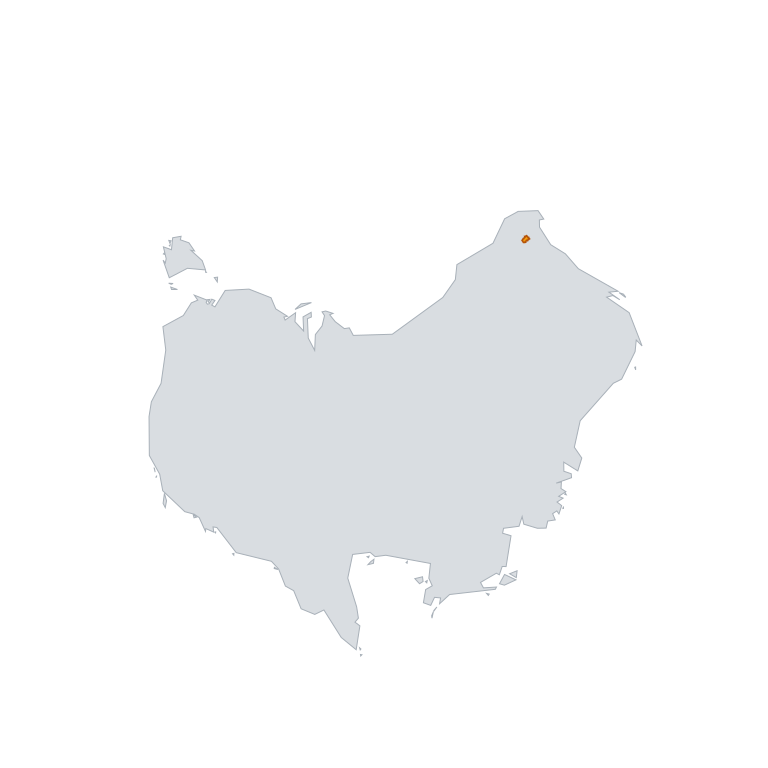 Narrogin, Western Australia, Australia (highlighted), rotated 148°
{"feature_id": "25037944B27145137337674", "entity_name": "Narrogin", "entity_type": "district", "adm_level": 2, "iso_a3": "AUS", "parent_name": "Australia", "parent_adm1": "Western Australia", "projection": "albers", "projection_center": [117.255, -32.997], "detail": "fine", "context": "in_parent", "style": "filled", "palette": "amber", "viewbox_px": 768, "rotation_deg": 148, "n_neighbors": 0, "source": "geoboundaries", "source_scale": "gbopen_adm2", "svg_char_len": 5487}
<svg xmlns="http://www.w3.org/2000/svg" viewBox="0 0 768 768"><g transform="rotate(148 384 384)"><path d="M554.6,191.7L554.7,224.2L564.8,225.3L573.4,237.3L570.1,256.6L574.7,264.9L571.4,282.9L573.4,293.3L598.7,319.3L601.8,350.9L604.7,353.4L606.9,348.6L611.7,355.8L613.5,353.6L611.5,368.6L613.9,374.1L620.6,381.3L628.2,410.7L622.0,426.4L620.9,447.7L600.5,480.9L590.7,492.2L572.7,502.7L551.1,528.4L541.1,549.8L517.9,548.4L504.4,554.9L497.5,553.8L497.8,559.9L489.6,548.9L491.6,547.4L491.5,545.3L489.6,544.7L485.1,547.2L483.1,544.4L488.3,542.2L486.5,539.0L469.1,547.5L448.2,536.0L434.1,517.0L436.0,505.1L430.0,492.6L433.4,493.8L434.0,490.6L421.2,491.3L426.5,484.0L424.1,471.5L417.1,483.8L407.8,483.4L410.1,479.3L414.3,480.0L423.9,463.1L425.0,449.2L416.0,462.3L405.8,466.0L398.2,473.5L398.3,478.0L394.8,476.8L389.8,470.9L393.4,471.5L392.3,462.6L388.3,452.0L383.7,450.0L384.3,441.5L350.6,421.8L288.3,426.2L268.2,434.7L258.9,446.6L217.0,445.6L194.1,460.2L178.8,459.3L161.5,449.4L161.1,439.2L165.3,440.8L169.0,434.6L168.8,413.8L161.2,398.3L158.1,378.8L136.3,338.6L144.6,342.7L139.4,330.5L143.0,337.7L149.2,339.7L138.3,314.6L145.0,279.5L146.8,287.6L153.9,278.4L179.9,262.2L189.2,263.1L237.1,248.9L256.1,229.5L255.5,216.4L265.7,207.6L273.0,222.5L277.7,214.7L272.8,208.7L274.6,205.2L290.5,208.7L285.5,206.9L289.3,201.5L286.8,196.3L295.4,196.2L292.6,192.3L299.8,192.2L297.8,186.7L304.5,181.1L304.7,184.8L309.7,184.7L310.8,178.0L317.8,181.0L322.9,175.9L330.4,180.4L339.7,191.0L337.1,198.4L344.9,191.8L359.1,198.3L362.5,194.6L356.7,188.0L377.2,164.5L380.5,166.6L387.3,161.1L389.0,164.0L407.3,164.6L407.7,158.4L396.2,152.2L398.4,150.9L439.9,170.7L453.3,168.2L449.4,172.6L454.2,176.3L461.7,171.5L466.5,177.6L457.6,187.6L450.0,187.3L448.9,195.5L439.7,207.2L473.2,237.8L483.0,242.3L485.0,248.6L500.9,256.1L517.6,238.6L525.3,209.5L529.8,199.0L534.8,197.4L532.6,191.7L548.4,173.4L554.6,191.7ZM474.9,575.3L489.4,586.3L509.8,587.9L505.7,606.1L505.4,602.5L502.3,605.7L498.4,617.2L493.1,610.5L485.7,620.0L477.8,616.8L480.3,614.2L474.6,607.1L474.2,597.2L476.9,599.7L472.8,584.9L474.9,575.3ZM375.9,148.0L388.5,149.6L391.9,153.4L382.7,158.6L375.9,148.0ZM402.4,491.5L419.9,494.4L411.9,495.9L402.4,491.5ZM459.7,195.8L461.0,202.6L453.5,200.1L455.5,195.8L459.7,195.8ZM628.2,407.6L630.3,400.2L635.0,395.1L634.6,399.8L628.2,407.6ZM509.1,573.6L514.1,576.7L513.5,579.2L509.1,573.6ZM374.4,149.7L378.0,156.5L370.1,155.1L374.4,149.7ZM471.5,564.2L468.5,562.8L471.3,558.9L471.5,564.2ZM493.3,239.3L489.3,240.4L485.4,240.7L488.0,237.5L493.3,239.3ZM136.2,336.9L133.3,333.3L133.0,329.8L133.4,329.7L136.2,336.9ZM511.6,581.3L513.2,583.6L509.6,581.0L511.6,581.3ZM613.5,370.4L616.0,371.2L615.0,374.4L613.5,370.4ZM572.3,282.9L574.9,285.7L574.1,286.6L572.3,282.9ZM491.0,616.8L490.4,619.8L488.7,618.3L491.0,616.8ZM624.8,430.5L623.5,434.5L623.3,434.3L624.8,430.5ZM408.0,152.1L406.1,150.1L407.6,149.4L408.0,152.1ZM466.4,162.2L462.7,164.8L467.4,160.0L466.4,162.2ZM626.8,425.9L625.2,426.7L626.5,425.6L626.8,425.9ZM459.9,220.9L458.2,221.2L459.4,219.8L459.9,220.9ZM453.6,194.5L451.5,194.4L453.1,192.7L453.6,194.5ZM163.1,262.6L162.5,265.3L161.6,265.1L163.1,262.6ZM545.1,171.1L544.5,173.2L544.0,171.5L545.1,171.1ZM489.3,545.7L489.4,547.2L488.9,546.6L489.3,545.7ZM461.8,165.5L457.3,166.9L462.0,165.0L461.8,165.5ZM298.3,183.6L296.7,185.0L297.8,183.3L298.3,183.6ZM492.8,615.0L491.6,615.3L492.5,614.4L492.8,615.0ZM489.9,246.5L487.8,245.9L489.2,244.9L489.9,246.5ZM289.2,194.6L288.0,195.4L288.1,193.4L289.2,194.6ZM502.2,611.2L500.6,611.6L501.5,610.2L502.2,611.2ZM547.9,165.7L547.3,167.1L546.2,166.1L547.9,165.7ZM488.0,547.4L489.1,549.1L486.8,548.0L488.0,547.4ZM602.4,320.3L601.0,319.9L602.1,318.4L602.4,320.3ZM605.8,348.0L605.1,347.8L606.0,346.6L605.8,348.0ZM476.1,573.3L475.5,574.3L475.5,572.8L476.1,573.3Z" fill="#d9dde1" stroke="#a8b0b8" stroke-width="1"/><path d="M183.6,429.9L183.6,430.1L183.7,430.3L183.7,430.6L183.7,430.8L183.8,430.8L183.9,431.0L184.0,431.0L183.9,431.2L183.9,431.3L184.0,431.3L183.9,431.3L183.9,431.6L183.9,431.8L184.1,431.9L184.3,431.8L184.3,432.3L184.2,432.3L184.3,432.4L184.3,432.5L184.2,432.7L184.2,433.0L184.3,433.0L184.4,433.3L184.4,433.5L184.5,433.7L184.5,433.8L184.5,434.1L184.4,434.1L184.4,434.3L184.7,434.4L184.8,434.3L185.0,434.3L185.3,434.3L185.3,434.2L185.5,434.2L185.9,434.0L186.0,434.1L186.0,433.9L186.3,433.9L186.4,434.0L186.4,433.9L186.5,433.8L186.9,433.9L187.0,433.8L187.1,433.7L187.3,433.7L187.5,433.6L187.9,433.5L188.0,433.5L188.3,433.5L188.3,433.4L188.4,433.2L188.5,433.2L188.7,433.3L188.8,433.3L189.0,433.3L189.0,433.5L189.2,433.4L189.3,433.3L189.3,433.2L189.5,433.2L189.5,433.3L189.5,433.2L189.8,433.2L190.0,433.1L190.1,432.9L190.4,432.8L190.4,432.7L190.6,432.7L190.7,432.4L190.7,432.2L190.8,432.2L190.7,432.0L190.7,431.9L190.8,431.8L190.8,431.7L190.8,431.4L190.8,431.0L190.8,430.9L190.8,430.7L190.8,430.4L190.8,430.2L190.7,430.2L190.4,430.0L190.2,430.1L189.9,430.0L189.9,429.9L189.8,429.5L189.6,429.5L189.4,429.5L189.2,429.5L189.1,429.3L189.1,429.2L188.9,429.1L188.7,429.1L188.7,429.3L188.6,429.5L188.4,429.6L188.2,429.7L188.1,429.8L187.9,429.8L187.7,429.9L187.7,430.0L187.4,430.0L187.2,430.0L186.9,430.0L186.8,429.9L186.8,430.0L186.7,430.0L186.8,430.1L186.8,430.3L186.7,430.3L186.6,430.0L186.6,429.9L186.4,429.9L186.4,430.0L186.2,430.0L186.1,429.9L185.9,429.9L185.8,430.0L185.6,429.9L185.6,430.0L185.4,430.0L185.3,429.9L185.2,429.9L185.2,430.0L184.9,430.0L184.7,430.0L184.4,430.1L184.2,430.0L184.1,429.9L183.9,429.9L183.7,429.9L183.6,429.9Z" fill="#f59e0b" stroke="#b45309" stroke-width="1.5"/></g></svg>